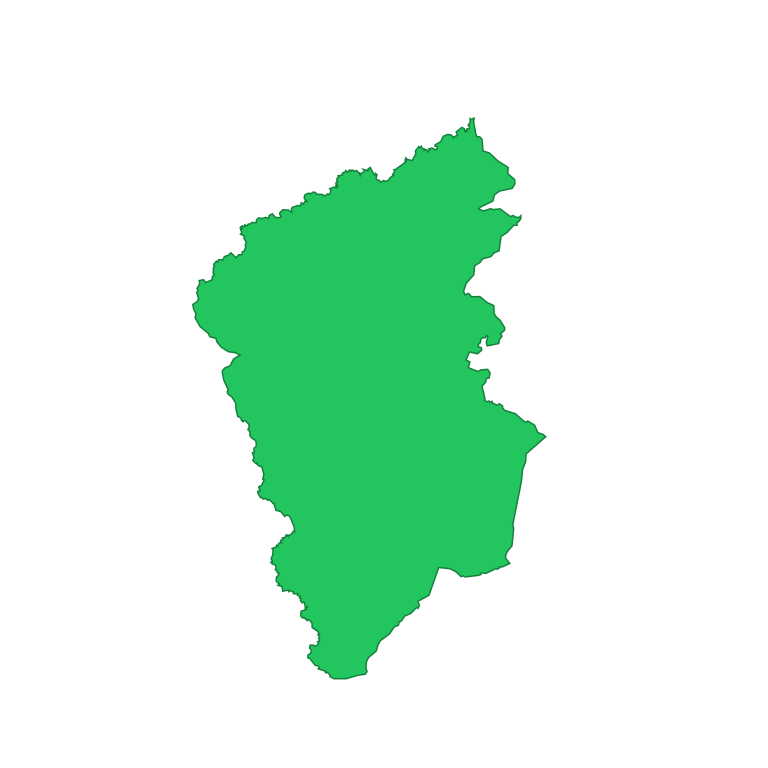 outline of Song Dao, Sakon Nakhon, Thailand, rotated 128°
{"feature_id": "78962969B97836103025475", "entity_name": "Song Dao", "entity_type": "district", "adm_level": 2, "iso_a3": "THA", "parent_name": "Thailand", "parent_adm1": "Sakon Nakhon", "projection": "mercator", "projection_center": [103.442, 17.315], "detail": "fine", "context": "isolated", "style": "filled", "palette": "green", "viewbox_px": 768, "rotation_deg": 128, "n_neighbors": 0, "source": "geoboundaries", "source_scale": "gbopen_adm2", "svg_char_len": 6147}
<svg xmlns="http://www.w3.org/2000/svg" viewBox="0 0 768 768"><g transform="rotate(128 384 384)"><path d="M394.5,591.9L395.7,589.8L397.0,590.2L402.2,586.5L402.4,584.9L404.7,585.4L407.7,583.6L413.8,587.0L412.9,590.4L416.3,593.3L418.8,590.7L423.7,590.3L424.7,588.3L427.2,587.9L431.0,582.6L434.2,582.0L439.0,583.6L442.3,580.0L444.3,575.5L448.2,573.5L452.0,564.1L452.3,553.4L454.0,550.5L451.5,544.5L453.7,541.6L455.2,534.9L454.3,526.3L451.1,520.9L449.7,515.3L456.9,517.9L464.6,516.5L468.8,519.1L472.6,519.6L474.4,518.6L479.6,512.6L484.3,503.5L487.0,502.5L488.0,500.7L487.9,495.6L490.5,488.8L495.2,484.9L499.6,479.2L498.8,475.3L500.3,474.4L500.6,471.8L499.4,472.1L498.3,470.5L499.0,465.5L501.6,463.4L503.6,463.3L504.1,460.4L507.2,457.9L508.1,454.8L507.5,451.1L509.0,448.3L512.4,446.2L514.0,446.9L516.0,446.1L517.3,444.3L518.6,444.1L519.1,445.3L522.1,441.0L525.0,440.3L525.5,436.4L524.5,435.2L525.4,435.0L525.5,431.3L524.2,429.7L529.2,423.0L533.7,421.0L533.1,419.4L539.3,418.1L542.3,419.4L544.5,415.8L546.1,417.4L547.3,416.6L549.5,411.7L548.6,409.7L549.1,408.3L547.1,406.8L547.1,403.8L545.6,403.4L546.5,397.1L545.7,397.0L550.1,391.5L548.1,386.9L549.5,380.7L547.2,380.1L546.3,376.8L552.0,366.6L555.5,363.5L555.9,364.8L558.9,364.5L561.7,365.5L562.2,366.6L563.2,365.6L563.2,368.2L565.4,367.4L568.0,369.3L568.7,367.6L570.8,369.2L572.4,368.1L572.2,367.0L574.4,368.8L576.7,367.9L577.2,369.4L578.4,368.4L582.5,370.9L582.6,369.6L587.1,366.5L591.4,365.3L591.8,363.3L593.7,363.3L592.8,362.6L594.7,361.6L593.5,358.2L595.1,356.0L597.4,355.2L596.9,353.8L598.4,351.7L597.5,350.8L599.5,349.4L602.5,349.8L605.8,347.5L606.1,343.0L607.9,343.7L606.5,339.7L609.6,336.2L605.6,332.8L606.2,331.0L604.6,331.1L603.9,327.3L605.0,326.1L602.2,322.8L603.8,322.2L602.9,319.4L604.7,318.8L604.4,317.1L606.0,316.5L606.9,313.9L605.0,312.8L607.5,309.4L606.9,307.1L609.1,308.3L609.4,306.4L614.0,309.4L618.0,306.9L618.5,303.9L617.2,303.4L617.6,300.4L616.6,299.7L617.7,298.9L615.7,297.3L617.1,293.1L620.2,290.7L619.7,284.3L620.5,281.8L622.3,281.6L621.2,280.3L624.5,279.0L626.2,276.6L627.9,277.7L628.3,276.3L630.9,275.7L633.3,277.0L633.0,278.4L635.2,281.4L637.8,280.2L638.8,276.8L641.5,276.1L644.4,277.0L646.7,275.5L646.0,273.3L648.1,265.0L646.5,262.4L647.4,260.5L649.0,260.5L646.4,253.6L647.5,252.3L646.2,251.4L646.5,247.5L647.8,246.4L647.1,242.1L639.4,232.2L629.1,224.9L624.3,220.1L621.1,220.3L619.0,223.3L613.8,226.8L609.0,227.8L599.1,225.7L592.9,228.3L588.4,228.8L577.6,225.8L569.1,226.4L565.1,224.1L562.7,225.4L559.5,224.4L554.5,224.9L548.1,221.6L540.1,220.8L539.9,219.1L536.7,219.7L534.4,223.5L522.8,218.5L494.9,227.9L489.0,218.4L487.6,211.7L488.4,204.6L486.6,203.8L486.1,201.3L477.0,192.1L474.5,190.3L473.0,191.1L470.4,187.1L460.5,182.1L460.3,180.7L457.6,179.7L456.8,180.4L455.5,178.3L447.9,174.3L446.5,180.7L444.2,182.6L440.1,183.7L432.8,183.5L418.1,192.8L415.8,195.8L375.9,215.9L366.2,222.1L358.1,224.5L351.6,229.0L326.0,224.1L325.8,227.8L327.6,232.8L323.7,240.0L324.7,248.0L326.7,248.6L327.3,251.2L326.5,262.0L330.5,272.8L329.8,275.9L328.4,276.9L328.5,280.8L331.2,282.0L332.1,286.6L331.2,288.2L333.1,288.6L332.7,290.7L334.8,292.3L335.1,294.7L333.6,295.2L325.4,305.4L320.1,305.0L317.0,306.7L314.4,304.9L310.0,307.2L308.6,311.3L313.1,316.2L316.3,317.7L319.0,326.8L318.5,328.0L313.7,329.9L314.6,334.1L306.1,336.4L302.8,329.1L297.4,327.8L295.5,329.6L296.4,332.6L295.0,334.0L292.1,333.5L289.2,335.3L286.6,334.7L285.5,332.8L282.2,332.7L282.2,331.6L288.2,329.1L290.4,326.1L281.4,318.5L278.1,320.5L273.8,320.4L272.4,323.1L267.7,322.1L265.4,323.4L262.2,332.0L262.1,336.7L260.7,340.6L254.6,345.7L256.3,352.8L256.1,362.3L261.4,368.8L260.5,373.1L264.0,375.2L261.9,378.4L254.2,381.2L242.7,380.5L234.9,385.4L229.2,383.2L224.8,383.4L217.9,378.3L212.7,377.9L208.2,375.3L195.7,382.6L188.9,380.3L179.0,379.5L176.9,376.9L175.0,378.7L172.7,377.7L169.3,378.1L167.2,379.8L169.5,380.0L171.4,382.7L171.7,385.9L174.3,387.6L174.5,400.3L179.3,405.3L180.3,408.0L186.3,412.0L187.8,417.1L185.2,416.9L172.7,410.8L167.1,413.4L160.7,411.7L151.0,403.4L145.6,404.1L142.4,407.1L142.1,415.9L136.9,419.5L138.1,431.6L137.1,443.4L139.4,449.4L130.9,457.4L130.3,460.7L131.7,462.8L131.0,464.9L122.2,474.9L119.0,476.6L122.0,478.4L121.9,479.5L124.9,477.1L128.2,477.1L128.5,475.2L130.6,473.9L131.7,475.6L133.4,475.6L133.7,474.0L135.4,475.2L133.4,478.1L133.8,480.6L141.0,482.3L142.8,479.1L146.1,481.1L147.3,480.7L146.3,484.3L148.1,487.4L152.3,489.8L158.2,488.5L163.8,490.9L165.2,490.4L164.3,488.4L165.3,487.3L167.7,487.4L168.4,491.3L171.0,493.4L171.3,492.1L173.8,492.4L172.9,492.9L173.7,495.5L175.2,496.2L174.0,496.8L174.8,499.7L173.6,500.9L176.1,501.7L175.6,502.7L180.9,502.8L183.3,500.5L190.7,499.4L192.6,503.9L192.4,506.0L193.9,505.4L193.0,504.1L195.3,504.7L195.4,503.5L208.2,507.1L209.0,508.2L209.7,506.6L213.9,506.0L213.7,504.8L217.5,506.2L221.0,505.9L223.6,507.8L223.7,509.5L227.0,510.7L226.4,513.4L227.8,514.9L226.9,516.9L223.4,518.3L223.3,520.2L224.3,519.4L225.2,520.4L221.9,528.3L225.1,529.0L226.0,528.0L227.6,532.3L227.8,531.0L229.7,530.7L232.5,531.6L232.7,532.9L233.9,531.7L232.6,536.9L234.9,538.6L234.5,540.1L236.7,540.8L235.8,541.7L236.6,542.9L239.6,543.1L239.3,545.6L240.8,545.2L243.5,546.7L244.8,545.4L248.3,548.3L248.7,547.0L250.6,547.6L252.9,546.5L253.3,544.8L255.3,545.7L256.3,542.2L257.2,542.6L256.8,544.8L258.8,542.1L259.6,544.6L263.6,547.0L264.1,545.0L268.0,543.6L269.4,545.8L272.2,546.0L272.7,549.4L275.9,553.8L275.3,556.0L276.5,558.1L279.4,558.8L279.7,560.6L281.9,562.0L284.1,562.8L286.9,561.1L287.6,557.1L288.7,558.8L291.9,558.3L292.0,560.7L295.3,559.6L296.3,561.7L301.0,564.9L302.6,565.0L305.4,562.6L305.8,566.3L308.8,570.9L312.8,571.6L314.5,570.7L315.1,568.4L316.8,568.3L319.7,572.1L318.6,576.7L321.7,578.3L324.5,576.9L325.5,579.8L328.6,581.8L330.1,584.9L333.1,585.5L335.5,584.0L338.2,587.7L339.2,587.3L341.8,589.5L343.6,589.2L344.3,591.6L346.0,590.8L346.3,592.7L348.3,593.7L348.9,591.5L349.9,593.0L352.4,589.1L354.3,589.4L353.4,584.6L355.4,584.1L357.3,579.4L359.8,579.1L360.6,577.6L365.2,576.0L367.1,577.0L369.7,575.6L371.6,578.1L375.6,578.1L374.9,585.4L378.7,586.1L381.8,588.2L385.5,587.4L387.9,590.9L390.3,590.2L390.4,591.7L394.5,591.9Z" fill="#22c55e" stroke="#15803d" stroke-width="1.5"/></g></svg>